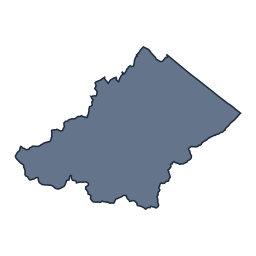 outline of Le Thuy, Quảng Bình, Vietnam
{"feature_id": "81297802B23145234920875", "entity_name": "Le Thuy", "entity_type": "district", "adm_level": 2, "iso_a3": "VNM", "parent_name": "Vietnam", "parent_adm1": "Quảng Bình", "projection": "orthographic", "projection_center": [106.715, 17.125], "detail": "fine", "context": "isolated", "style": "filled", "palette": "slate", "viewbox_px": 256, "rotation_deg": 0, "n_neighbors": 0, "source": "geoboundaries", "source_scale": "gbopen_adm2", "svg_char_len": 5771}
<svg xmlns="http://www.w3.org/2000/svg" viewBox="0 0 256 256"><path d="M129.5,201.4L130.8,201.1L131.9,201.0L132.8,200.6L133.5,200.6L134.8,201.1L137.1,203.5L136.9,204.6L137.6,205.6L137.9,205.7L139.5,205.9L141.1,206.3L144.2,207.9L145.4,209.1L145.7,209.1L147.5,207.7L148.5,207.5L149.3,207.7L149.7,207.5L150.0,207.6L150.7,206.4L150.9,206.2L152.8,206.9L154.1,207.0L155.3,207.8L155.8,207.9L156.4,207.8L157.2,207.3L158.1,206.4L158.6,205.6L158.5,204.6L157.9,202.7L157.7,200.8L157.8,199.6L157.5,198.7L157.4,197.8L157.2,197.1L157.1,196.2L157.3,195.8L158.2,194.9L158.0,192.9L158.2,192.2L159.3,191.3L159.8,190.0L159.8,189.8L159.2,188.9L159.0,188.4L159.0,186.9L159.1,186.7L159.4,186.7L159.7,186.4L159.7,186.1L159.6,185.2L160.5,183.6L160.9,183.2L161.4,183.0L161.7,183.0L162.6,183.4L163.9,183.4L164.7,183.0L165.3,182.2L165.6,181.9L167.0,181.3L168.3,181.1L168.6,180.7L169.0,179.1L169.7,178.2L170.3,177.0L168.8,172.2L168.7,171.3L168.1,170.7L168.1,169.6L168.7,169.4L169.3,169.0L170.3,167.8L171.0,166.7L170.5,165.1L170.7,164.3L171.1,164.0L171.7,164.0L172.4,163.8L172.8,162.1L174.3,161.6L175.2,162.6L178.2,163.4L179.3,164.1L180.0,164.3L181.0,164.0L183.2,163.9L186.3,162.3L186.7,162.3L187.5,161.0L188.6,160.2L189.3,160.0L190.2,159.2L191.0,158.4L191.3,157.4L191.5,156.0L190.3,153.7L189.8,151.0L189.6,150.7L189.1,150.4L188.6,149.7L188.6,148.9L188.6,148.5L189.2,148.0L190.6,146.9L191.7,146.4L192.0,146.4L192.9,146.8L194.5,146.7L195.5,146.9L196.0,146.9L196.8,146.6L197.2,146.7L197.6,146.5L198.5,145.9L198.4,145.6L198.7,145.4L198.8,145.2L200.3,145.1L201.0,144.7L201.2,144.4L201.3,144.0L201.7,143.0L202.6,142.6L202.9,142.1L203.4,141.6L204.5,141.0L205.1,141.0L205.9,140.1L206.5,140.1L206.8,139.6L207.3,139.3L208.0,138.6L209.5,137.8L209.9,137.2L210.7,137.1L212.9,136.0L214.5,135.1L214.8,135.1L215.1,135.4L216.2,134.7L216.8,134.2L218.2,134.1L218.7,134.0L220.1,132.7L221.0,132.4L221.9,132.4L222.5,131.9L222.8,131.8L223.6,131.0L225.2,130.0L225.3,129.7L225.3,128.9L225.9,128.0L228.3,126.0L228.7,125.4L229.6,124.3L229.9,123.8L230.2,123.6L230.5,123.1L234.1,120.2L237.1,117.0L239.4,114.2L240.6,113.2L238.5,111.5L237.1,110.5L231.4,105.8L229.3,104.3L228.2,103.8L222.6,99.4L218.9,96.6L200.1,81.6L189.7,73.6L167.0,54.8L166.8,55.3L167.4,56.8L167.4,57.0L167.2,57.2L166.9,57.5L166.1,57.5L165.6,57.4L165.4,57.5L164.6,58.9L164.1,59.2L162.8,61.1L161.3,61.6L160.1,61.4L158.2,60.4L157.6,59.8L156.2,59.2L155.4,57.5L151.2,52.9L149.4,50.3L148.5,49.4L143.4,46.9L140.3,50.1L139.7,51.4L139.1,52.3L138.1,53.3L137.2,54.5L136.5,54.8L137.2,56.1L136.4,56.1L136.2,56.3L136.0,56.7L135.9,57.3L135.6,57.7L135.3,57.9L134.5,60.4L133.9,64.5L133.5,66.1L131.2,66.6L130.4,65.7L128.2,67.3L128.2,67.8L127.1,68.9L126.0,71.3L124.5,73.5L124.6,73.9L124.5,74.0L124.0,73.9L123.8,73.8L123.5,73.7L122.9,72.6L122.5,72.1L122.0,72.5L123.1,74.0L121.4,75.4L119.3,79.4L118.8,81.7L117.7,81.1L116.3,79.8L116.5,78.8L116.2,77.3L113.3,78.2L111.7,79.3L110.8,79.7L109.7,81.0L108.3,83.4L108.1,83.3L107.9,83.1L107.4,82.2L105.0,79.5L104.7,78.6L104.7,77.5L104.6,77.2L100.4,80.1L96.4,81.7L95.1,82.6L95.2,83.0L96.0,85.3L96.0,85.7L95.7,87.0L94.7,88.5L96.5,90.6L97.1,91.8L96.8,94.1L96.5,95.2L96.0,95.9L95.1,95.9L94.3,95.9L92.9,96.0L92.0,96.5L91.7,96.6L90.9,96.4L91.9,98.6L92.7,99.6L93.0,100.4L91.9,101.7L91.8,102.5L92.2,104.2L92.0,105.3L91.3,106.0L89.9,106.6L89.6,106.6L88.9,109.3L89.0,111.6L88.5,112.3L88.6,113.0L88.4,114.0L88.2,114.5L87.4,115.3L87.4,115.7L87.6,116.2L87.3,117.3L87.0,117.3L86.6,117.6L86.3,117.5L85.8,117.1L84.6,117.2L83.9,116.7L82.9,116.7L81.8,115.9L81.4,115.7L81.1,115.8L79.5,116.6L78.7,116.4L77.7,116.5L77.0,117.2L75.5,118.3L74.7,118.8L73.9,119.0L72.6,118.8L71.8,118.8L71.1,119.0L68.4,120.0L68.2,120.5L67.9,120.9L67.2,121.2L65.5,121.3L63.9,123.0L63.9,123.9L64.3,126.3L64.1,127.2L63.3,128.5L62.9,129.6L62.8,130.2L62.3,130.7L61.6,130.8L61.0,131.2L60.6,131.1L57.6,129.6L56.8,129.3L56.6,129.4L56.0,129.8L55.7,129.9L54.6,129.8L51.8,130.2L51.5,130.9L51.6,131.5L51.9,132.6L51.9,132.9L51.9,133.5L51.6,134.3L51.8,135.8L51.8,137.1L51.7,137.3L51.3,137.6L51.2,138.8L49.9,141.5L49.0,141.8L48.1,141.7L47.3,142.3L45.6,142.4L44.1,143.0L42.2,144.2L41.3,144.6L39.4,146.0L38.9,146.0L38.1,146.4L37.1,146.3L36.1,146.4L32.9,146.1L32.5,146.2L31.9,146.8L31.6,147.0L29.9,147.7L28.7,149.3L27.0,149.6L26.3,149.6L25.5,149.5L24.7,148.6L24.2,148.4L23.2,148.3L22.7,148.0L21.6,146.8L20.7,146.4L20.0,148.2L19.6,150.6L18.0,151.8L17.0,153.1L15.5,155.8L15.4,156.6L15.7,157.4L16.8,159.1L20.3,162.8L23.5,164.9L23.6,165.5L23.7,167.0L24.8,169.7L25.0,170.5L25.0,174.7L25.8,176.0L27.7,176.8L29.1,179.3L29.7,179.8L30.6,179.9L34.0,178.9L36.3,177.6L37.7,177.5L38.0,177.8L38.3,178.6L38.4,180.4L38.9,181.6L39.4,182.7L41.1,183.8L41.8,184.4L42.8,184.7L44.0,184.7L44.7,184.9L48.0,185.0L49.7,185.3L51.3,185.3L53.6,186.6L54.8,187.9L55.4,188.4L56.4,188.7L58.4,189.1L61.3,187.9L64.3,186.2L65.2,184.4L66.7,180.5L69.1,179.9L69.6,176.5L70.2,175.8L70.6,175.5L71.4,175.8L71.4,178.4L71.9,179.1L72.4,180.1L72.6,180.2L73.4,180.3L73.7,180.5L75.4,180.8L76.1,181.4L76.3,181.8L76.4,182.9L78.8,182.3L80.8,182.0L83.0,182.2L84.8,181.9L85.4,181.9L86.3,182.1L87.9,182.9L88.3,183.6L88.4,184.1L88.3,185.2L88.1,185.4L85.7,186.9L85.8,187.6L85.6,189.2L86.8,190.0L86.9,190.5L87.7,191.6L88.0,192.6L88.0,194.0L88.5,194.4L89.2,194.4L89.5,194.5L89.9,195.0L90.4,195.1L90.6,195.2L90.8,195.6L90.5,197.9L90.6,199.1L92.2,201.0L93.4,202.0L95.2,202.0L96.9,202.2L98.1,202.0L99.0,202.1L99.6,202.4L100.1,202.3L100.6,202.2L101.1,202.0L101.7,201.2L102.1,201.2L104.0,201.7L106.3,202.1L106.7,202.2L107.1,202.3L107.5,202.0L108.4,202.4L109.7,203.2L110.2,203.2L111.4,203.0L113.7,203.1L114.3,202.4L115.7,199.3L116.4,198.7L117.2,198.8L118.9,197.9L121.4,196.9L121.9,196.6L123.4,195.3L125.4,195.6L126.1,195.5L126.4,195.8L126.5,196.8L127.2,198.4L127.7,199.0L128.8,199.8L129.2,200.2L129.5,201.4Z" fill="#64748b" stroke="#1e293b" stroke-width="1.5"/></svg>